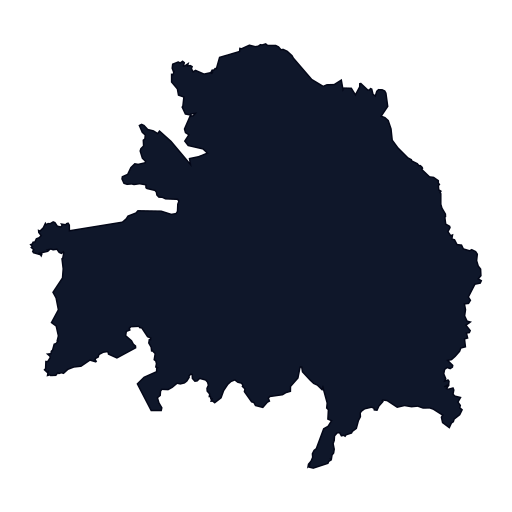 the district of Santa Inés Ahuatempan, Puebla, Mexico
{"feature_id": "50627088B3656235949404", "entity_name": "Santa Inés Ahuatempan", "entity_type": "district", "adm_level": 2, "iso_a3": "MEX", "parent_name": "Mexico", "parent_adm1": "Puebla", "projection": "orthographic", "projection_center": [-98.063, 18.402], "detail": "fine", "context": "isolated", "style": "filled", "palette": "ink", "viewbox_px": 512, "rotation_deg": 0, "n_neighbors": 0, "source": "geoboundaries", "source_scale": "gbopen_adm2", "svg_char_len": 5957}
<svg xmlns="http://www.w3.org/2000/svg" viewBox="0 0 512 512"><path d="M51.3,351.3L51.1,353.7L47.6,354.1L50.0,356.2L50.2,357.7L47.6,361.7L45.9,361.5L45.6,368.7L44.5,369.8L47.3,372.4L48.2,371.7L47.5,375.5L50.1,374.8L50.7,375.5L55.8,375.3L57.8,372.7L58.9,373.5L61.3,372.7L63.5,373.3L67.9,369.3L73.8,367.0L81.0,366.2L89.9,360.1L95.7,361.8L96.2,361.3L95.0,359.6L95.6,358.4L98.2,357.0L98.9,354.5L103.3,352.2L107.2,351.6L108.2,352.3L108.5,354.1L116.9,357.9L135.6,347.8L135.5,346.0L133.3,344.2L131.5,340.8L125.6,335.7L126.3,331.4L129.8,330.0L129.3,328.2L130.8,326.7L138.9,326.3L139.7,327.6L141.8,327.9L147.6,336.7L150.7,337.9L150.6,339.7L149.3,339.7L148.8,343.0L151.2,347.2L151.6,350.9L152.6,350.9L155.2,353.6L154.2,359.7L155.8,360.9L156.5,363.7L155.8,367.0L157.6,367.8L156.7,368.6L156.6,371.7L144.1,377.3L137.4,383.9L151.2,410.5L161.2,410.5L161.8,407.8L158.9,402.9L157.4,397.7L160.2,395.4L160.5,391.2L161.8,389.3L168.1,389.6L172.2,387.3L177.1,383.2L180.3,383.9L184.4,382.9L186.8,381.0L189.1,377.4L189.0,375.9L190.7,374.2L192.2,374.5L192.4,378.4L194.9,381.2L197.1,380.9L199.7,378.4L205.7,380.0L207.6,382.2L208.4,385.3L207.0,388.3L207.2,391.1L209.7,394.0L209.3,396.5L210.4,396.5L210.9,398.9L212.0,398.9L211.1,401.1L212.7,401.1L214.7,402.7L221.0,397.8L223.6,390.6L227.8,384.3L230.9,381.5L234.8,379.9L237.8,382.2L241.6,383.2L243.0,385.4L242.4,386.4L245.0,388.9L244.4,391.6L251.6,401.8L253.9,402.5L255.5,405.5L262.8,407.4L267.3,402.2L269.4,401.1L268.3,398.1L269.8,396.5L282.5,394.7L285.9,392.6L290.4,391.3L290.5,386.4L297.9,378.0L299.8,368.3L300.4,366.8L301.7,367.0L302.5,371.8L310.1,380.0L313.7,383.4L317.4,385.1L322.0,389.6L322.9,387.2L327.2,403.0L326.7,408.0L328.4,409.7L327.9,419.1L331.6,420.7L328.1,426.3L323.7,428.8L316.3,448.7L314.1,450.4L312.4,453.8L312.7,457.3L311.1,461.1L308.5,464.2L308.1,466.4L309.6,464.8L309.1,467.1L313.3,468.1L327.9,463.3L328.7,461.4L331.1,459.9L330.6,458.9L331.4,458.9L332.0,455.0L333.6,453.0L334.2,449.2L333.1,443.6L334.2,440.5L334.5,435.9L337.2,432.8L339.6,432.7L341.4,435.8L343.7,435.3L345.1,436.2L346.0,434.8L351.5,433.0L352.4,431.3L356.3,428.4L358.4,420.6L360.4,416.7L360.2,413.0L361.4,411.2L364.6,408.8L371.4,407.2L373.9,408.1L374.3,409.9L377.0,410.2L378.9,406.0L382.9,401.5L382.1,400.5L383.0,400.0L387.2,400.6L397.2,407.2L404.5,405.5L411.5,406.7L417.7,406.1L423.1,408.0L429.8,407.9L433.4,409.2L442.8,415.2L441.4,417.2L442.6,422.6L449.3,427.6L451.4,423.0L453.3,421.7L454.1,419.1L459.7,414.7L462.1,409.8L459.7,407.7L460.3,405.4L457.9,402.1L460.5,397.5L454.8,396.1L453.0,394.2L453.8,390.0L453.0,388.0L448.2,389.3L446.5,388.6L448.3,385.9L444.2,386.8L448.7,384.3L449.0,381.3L448.0,380.0L444.6,381.1L445.7,378.6L443.7,373.8L444.6,369.4L447.1,367.5L450.2,368.6L452.4,367.1L452.7,365.4L447.6,360.4L451.5,359.6L455.1,356.4L459.6,351.3L460.8,348.0L465.4,346.8L464.5,338.9L467.6,338.0L466.4,333.0L469.3,332.6L470.2,330.6L465.9,325.2L470.3,322.0L467.0,321.1L464.6,315.9L465.5,309.7L464.4,303.9L468.5,303.4L470.4,300.3L468.3,297.0L474.9,284.2L480.2,283.1L481.3,280.7L478.2,278.9L480.9,275.7L480.6,269.1L478.2,266.0L476.6,260.6L477.3,254.2L475.6,251.6L471.7,249.7L469.6,250.8L463.3,248.9L461.5,245.1L457.0,244.6L454.5,239.8L451.8,239.0L452.5,235.0L450.7,235.7L447.9,231.7L450.0,227.6L449.6,226.3L445.7,224.1L444.8,217.1L445.5,216.6L445.4,214.1L441.9,208.1L440.8,204.3L440.8,193.7L440.1,192.4L440.9,191.2L438.7,189.8L438.4,185.7L439.4,184.4L438.3,183.2L438.3,180.7L433.6,177.4L429.5,176.9L422.5,170.2L421.7,169.1L422.5,168.2L422.0,167.2L420.3,165.6L418.8,165.6L417.3,163.7L411.8,161.0L411.3,159.7L407.9,157.9L397.8,147.8L392.2,140.2L391.0,128.9L388.2,120.6L384.9,117.6L381.1,116.2L387.7,106.4L385.9,93.2L384.7,91.0L382.2,89.8L378.5,89.7L376.8,91.3L375.3,96.0L373.0,94.4L371.7,89.1L370.5,88.6L369.5,90.0L367.8,90.1L360.8,83.5L359.8,83.7L359.7,86.9L355.4,94.9L351.3,88.3L344.0,88.1L343.0,89.8L341.3,80.1L334.2,84.6L326.9,84.8L323.2,86.4L311.7,79.5L293.3,58.1L292.0,55.7L287.2,51.3L283.1,49.4L281.0,49.8L278.5,46.9L275.7,45.5L267.6,45.5L265.7,43.9L262.1,45.0L260.4,44.7L258.3,46.2L255.3,46.7L249.4,45.2L241.5,48.8L239.9,48.4L239.6,51.5L219.6,57.4L216.4,68.7L215.2,68.5L213.5,70.4L212.2,70.1L211.3,71.7L212.6,72.2L211.9,73.5L210.1,72.8L204.0,74.1L195.5,70.4L193.1,71.9L191.4,68.7L192.1,66.6L190.3,65.6L187.5,66.0L188.1,63.7L184.4,66.2L183.4,65.9L184.3,62.7L182.6,61.3L180.2,63.0L178.2,62.0L172.7,64.2L172.2,68.2L173.3,71.2L174.1,71.3L172.9,74.8L171.6,74.4L171.6,82.0L177.4,88.9L178.5,95.1L183.9,97.0L182.9,106.0L182.2,107.1L185.4,114.0L191.0,115.1L190.9,113.9L195.4,113.3L193.2,115.8L190.0,116.4L184.5,129.0L185.5,132.6L188.9,134.8L184.8,141.1L188.2,145.5L203.0,148.9L207.5,153.1L198.7,156.7L189.5,158.6L190.5,164.6L171.0,141.4L159.5,131.1L157.7,133.6L153.4,130.9L147.7,129.5L144.0,125.5L141.6,124.4L139.4,125.5L142.3,132.3L145.3,135.0L144.9,139.0L143.3,140.2L143.6,146.0L140.9,148.7L140.2,151.0L142.4,158.2L145.6,161.3L145.1,162.8L138.2,164.4L134.8,163.8L130.9,167.6L127.7,174.4L122.4,176.7L122.0,178.9L124.0,183.3L127.1,184.3L131.7,183.9L134.0,184.5L139.6,183.7L145.9,184.8L146.0,187.7L147.0,188.5L155.0,190.4L156.4,192.1L156.9,195.0L158.9,197.1L162.4,197.3L165.5,198.8L177.6,199.3L178.9,201.2L177.8,204.2L177.5,211.4L176.1,213.6L171.3,214.4L161.2,211.2L137.9,210.8L136.0,213.0L128.0,216.1L126.3,218.8L122.4,222.2L69.4,230.8L69.3,225.1L68.1,223.2L66.5,223.7L65.9,224.8L61.5,224.1L62.2,225.2L60.9,227.0L57.3,226.2L54.9,222.6L53.2,221.9L50.2,223.7L48.1,223.6L46.1,224.7L45.4,223.4L43.3,227.8L40.0,231.1L38.6,230.5L38.8,232.5L41.2,235.6L39.2,237.7L36.4,238.8L34.9,242.0L33.1,242.2L32.2,244.1L30.7,244.6L32.4,246.6L31.3,247.5L33.8,249.7L32.7,251.3L33.5,252.7L40.5,254.7L41.2,255.8L41.8,254.1L39.9,253.1L47.7,251.3L48.7,250.4L47.6,249.8L51.0,249.0L53.1,249.8L56.9,249.2L59.2,252.4L61.5,253.4L63.3,251.8L63.8,252.6L62.8,258.1L62.0,258.8L63.2,268.8L62.5,278.0L53.0,292.3L56.1,297.9L58.4,309.8L51.5,322.6L56.2,326.0L58.4,335.9L57.2,340.8L58.1,341.1L56.0,343.6L54.2,344.2L52.6,350.1L51.3,351.3Z" fill="#0f172a" stroke="#020617" stroke-width="1.5"/></svg>